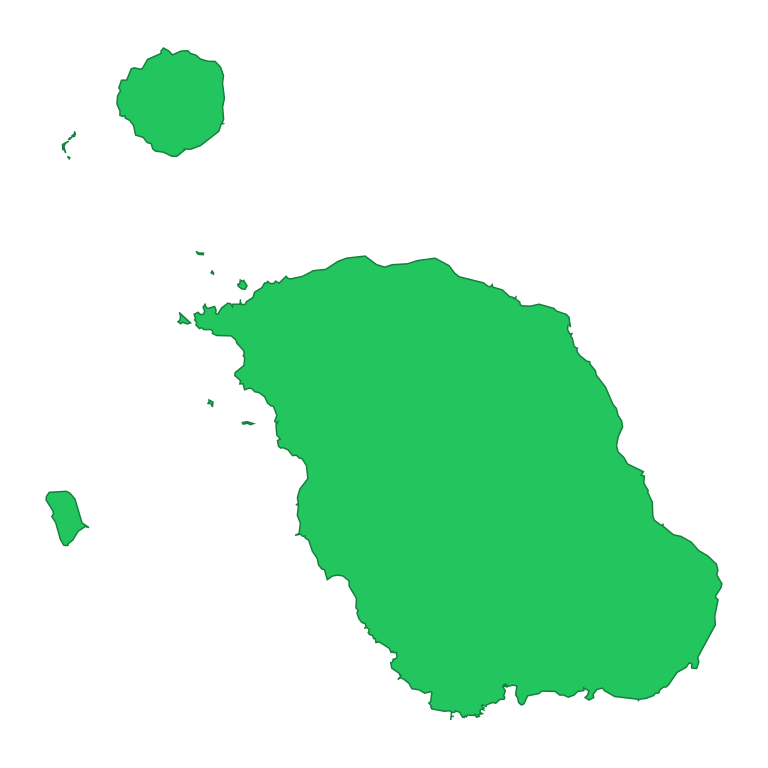 Biliran, Biliran, Philippines (Albers equal-area conic projection)
{"feature_id": "2640588B24635602844812", "entity_name": "Biliran", "entity_type": "district", "adm_level": 2, "iso_a3": "PHL", "parent_name": "Philippines", "parent_adm1": "Biliran", "projection": "albers", "projection_center": [124.427, 11.639], "detail": "fine", "context": "isolated", "style": "filled", "palette": "green", "viewbox_px": 768, "rotation_deg": 0, "n_neighbors": 0, "source": "geoboundaries", "source_scale": "gbopen_adm2", "svg_char_len": 6060}
<svg xmlns="http://www.w3.org/2000/svg" viewBox="0 0 768 768"><path d="M486.6,704.8L492.6,702.5L495.8,703.2L499.9,699.4L504.1,699.3L504.8,697.3L503.6,695.9L505.4,690.8L502.8,686.8L504.1,686.5L503.0,684.6L506.7,687.0L507.3,686.7L504.6,683.5L508.1,686.2L513.8,685.1L516.9,686.2L515.6,694.7L517.8,698.1L518.6,702.6L521.4,705.0L523.9,703.9L527.6,695.8L538.9,693.6L541.6,691.1L555.0,691.4L559.9,695.1L563.5,695.0L568.3,697.2L574.0,695.1L577.8,691.4L583.8,690.6L583.7,687.9L588.9,690.9L587.4,695.4L585.1,697.5L589.0,700.0L593.7,697.6L593.0,694.5L597.0,689.4L602.6,688.1L604.2,690.5L614.6,696.5L638.2,699.3L638.5,701.3L638.7,699.4L646.3,698.3L653.5,695.6L655.3,693.4L658.8,693.0L659.9,690.0L663.4,687.1L666.2,687.0L668.7,684.6L677.1,672.4L686.3,667.2L689.0,662.9L691.9,663.9L691.6,668.0L696.6,668.5L698.8,662.0L697.7,657.4L715.3,625.0L714.8,616.0L718.1,599.6L715.7,597.7L715.6,595.9L720.9,587.8L721.9,583.8L716.7,574.8L717.9,570.3L716.4,564.1L707.8,556.0L698.6,550.5L691.3,542.2L681.0,536.4L673.3,534.7L662.6,525.8L663.4,523.7L662.3,525.4L660.5,524.9L654.4,520.3L652.8,516.0L652.3,502.2L647.7,492.2L648.2,490.6L643.8,483.1L644.4,476.1L641.2,475.2L643.4,471.7L627.5,463.9L623.9,457.5L618.1,451.9L616.5,445.7L618.3,436.5L622.6,427.0L621.6,420.8L618.0,415.4L616.4,408.4L613.1,404.7L605.6,387.3L596.2,375.0L595.4,370.7L590.2,364.4L589.7,361.7L586.7,361.1L580.0,355.7L577.4,352.3L576.7,348.6L577.9,347.7L576.7,348.3L574.0,346.2L572.3,338.2L570.8,336.4L571.9,333.6L569.7,333.9L567.6,329.7L567.9,325.2L569.6,324.9L570.5,327.2L568.9,317.1L566.3,314.4L556.1,310.9L553.9,308.4L539.0,304.2L530.9,306.1L522.0,305.9L520.1,304.4L519.8,302.1L515.5,298.8L515.9,297.1L513.7,298.7L512.7,297.2L509.7,296.7L502.3,289.9L492.7,287.1L492.2,284.7L490.4,286.6L488.3,286.6L483.7,282.9L459.3,276.8L454.7,273.2L449.0,265.6L435.1,258.2L417.5,260.6L407.5,263.8L392.2,264.7L384.8,267.1L376.5,264.6L365.2,256.1L346.9,258.1L338.1,261.3L325.7,269.4L313.3,270.7L302.5,276.4L290.6,278.9L287.9,278.3L286.1,276.3L279.1,283.1L275.5,281.1L274.0,283.4L270.3,283.6L267.7,281.4L266.6,283.1L264.6,283.0L261.9,287.7L254.5,292.2L253.0,297.5L246.7,301.5L244.8,304.6L240.2,304.3L240.3,303.2L241.8,303.2L240.3,303.1L240.5,299.3L240.0,304.2L232.9,304.2L232.4,306.7L230.5,303.7L227.7,303.2L221.6,308.0L217.7,314.3L215.5,313.3L216.1,310.2L214.6,306.5L208.0,308.4L206.2,307.4L205.0,304.3L203.1,307.2L204.7,311.4L203.4,314.2L200.5,314.7L198.2,312.3L194.1,314.3L195.5,318.3L194.6,320.0L196.6,322.1L196.0,325.0L199.3,328.5L201.7,327.7L203.9,329.6L210.9,329.6L212.7,331.2L212.4,333.4L216.7,335.5L231.3,335.9L235.7,339.8L236.9,343.2L243.6,350.6L244.3,353.8L243.2,355.6L244.7,357.8L243.9,365.5L235.2,372.5L234.8,375.6L240.5,380.6L239.8,383.9L243.2,383.8L244.6,389.8L249.4,388.1L252.2,388.9L254.7,391.7L259.2,392.7L264.7,396.8L267.6,403.1L271.0,405.9L273.4,406.2L276.9,415.6L274.7,421.1L276.2,423.1L277.6,422.2L276.0,425.2L276.8,435.0L280.2,439.1L277.5,440.6L278.5,446.2L280.7,448.1L282.8,447.6L288.1,449.8L292.5,455.6L296.4,455.2L299.3,458.1L302.1,458.7L306.5,465.7L307.8,478.6L299.8,489.2L297.4,497.8L298.4,503.9L295.9,504.6L298.5,505.2L297.3,515.4L300.4,523.2L299.1,533.4L295.1,535.3L300.4,534.2L302.8,536.3L305.1,536.0L305.1,537.9L308.7,540.3L312.4,551.3L317.2,558.4L318.6,565.0L321.9,569.1L324.5,569.7L327.3,579.7L332.6,576.0L337.6,575.1L342.8,575.9L349.0,580.7L349.2,586.2L356.4,598.4L356.0,607.9L358.0,610.5L357.0,613.0L359.0,618.7L361.7,622.4L365.4,623.8L366.0,626.1L365.0,628.0L367.2,627.6L369.4,629.8L368.2,632.7L369.6,634.7L372.4,635.2L373.7,638.6L375.4,638.7L375.9,642.5L379.2,641.9L389.4,648.4L391.0,652.4L393.0,651.5L393.1,652.5L397.3,652.7L396.3,653.0L397.1,657.2L394.7,659.4L393.3,659.0L392.6,662.0L390.7,662.8L391.8,668.2L398.9,673.1L399.9,675.1L401.5,674.8L400.4,675.5L400.7,676.5L398.2,679.0L398.3,679.2L400.4,677.7L403.6,679.1L408.9,683.3L411.9,688.7L419.1,689.8L424.7,693.2L430.7,691.7L431.8,692.5L430.7,701.5L428.8,703.0L431.6,706.2L430.8,707.1L431.8,708.9L444.5,711.3L449.4,710.7L451.6,712.2L450.7,720.0L451.1,716.5L453.9,716.4L451.1,716.4L451.6,712.4L454.6,712.3L455.6,710.9L459.5,712.2L462.6,717.2L464.2,717.5L465.2,716.0L466.2,716.9L467.6,715.1L474.2,715.4L474.9,714.3L476.5,717.2L479.4,716.4L478.0,714.8L482.3,713.7L480.1,712.3L480.2,710.2L481.4,709.1L483.5,709.8L482.8,708.9L484.1,708.1L481.7,706.1L482.2,704.8L486.0,706.4L486.6,704.8ZM163.4,48.0L161.1,50.8L161.0,53.5L147.5,59.4L142.6,68.3L140.6,69.3L134.2,67.8L131.2,68.9L126.7,80.1L121.5,80.2L118.8,87.9L120.6,90.7L117.6,95.8L116.9,103.9L120.0,111.1L119.9,115.4L123.3,116.6L122.3,116.0L124.7,115.8L125.3,118.1L129.7,120.4L133.6,125.5L135.6,135.1L143.1,137.3L147.1,142.5L151.2,143.7L152.7,148.9L155.4,151.1L163.4,152.2L171.8,156.2L176.8,156.3L184.8,149.9L184.3,149.0L190.8,149.2L200.6,145.5L218.8,131.3L221.2,124.0L223.2,123.6L222.2,123.0L223.6,119.2L222.6,107.1L224.4,98.3L222.5,83.2L223.5,75.7L220.6,67.2L215.1,61.4L208.0,61.3L200.3,59.0L196.2,55.3L190.2,53.3L188.0,50.7L180.9,51.1L172.5,54.9L168.7,50.8L163.4,48.0ZM66.3,491.3L49.3,492.3L46.4,496.4L46.1,500.0L52.9,510.9L53.5,514.0L51.8,516.4L55.7,522.6L60.4,539.5L63.6,545.1L66.1,545.6L68.0,545.3L68.2,543.7L72.8,540.1L78.1,531.3L85.3,526.5L89.0,527.6L82.0,522.9L75.0,499.1L70.0,493.2L66.3,491.3ZM247.0,285.8L243.7,280.4L242.4,281.3L240.3,280.0L239.7,283.8L237.8,284.3L238.3,286.2L241.6,288.8L245.1,289.3L247.0,285.8ZM190.5,322.9L180.9,314.1L179.4,312.5L180.5,316.2L179.9,320.2L178.0,321.7L180.5,323.7L182.8,322.3L187.1,324.0L190.5,322.9ZM243.1,424.1L247.6,423.3L250.4,424.7L253.5,423.6L247.1,421.7L242.4,422.5L243.1,424.1ZM213.0,402.2L209.1,399.9L208.8,402.9L207.4,403.5L210.0,403.5L211.8,404.5L211.7,405.9L212.5,406.3L213.0,402.2ZM68.8,141.0L62.5,144.5L62.8,149.5L64.3,149.9L65.7,153.0L63.9,146.7L65.3,143.5L68.8,141.0ZM196.0,251.4L198.2,254.3L203.2,254.7L203.5,253.2L198.8,253.0L196.0,251.4ZM74.5,131.4L74.6,133.6L72.0,135.9L72.9,136.6L74.5,136.3L75.4,133.9L74.5,131.4ZM212.0,271.0L211.1,272.8L213.4,274.1L213.5,272.8L212.0,271.0ZM69.8,157.6L67.5,156.5L69.2,158.8L69.8,157.6ZM71.6,137.3L69.6,138.0L68.8,139.2L69.8,139.4L71.6,137.3Z" fill="#22c55e" stroke="#15803d" stroke-width="1.5"/></svg>